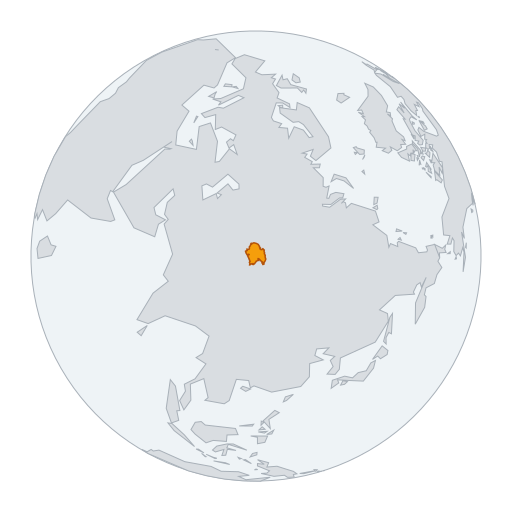 Almaty on an orthographic globe, rotated 60°
{"feature_id": "KAZ-3207", "entity_name": "Almaty", "entity_type": "Region", "adm_level": 1, "iso_a3": "KAZ", "parent_name": "Kazakhstan", "parent_adm1": "", "projection": "orthographic", "projection_center": [78.658, 44.747], "detail": "fine", "context": "on_globe", "style": "filled", "palette": "amber", "viewbox_px": 512, "rotation_deg": 60, "n_neighbors": 0, "source": "natural_earth", "source_scale": "10m", "svg_char_len": 14244}
<svg xmlns="http://www.w3.org/2000/svg" viewBox="0 0 512 512"><g transform="rotate(60 256 256)"><circle cx="256" cy="256" r="225" fill="#eef3f6" stroke="#a8b0b8"/><path d="M320.9,40.3L315.5,39.7L311.6,38.2L310.2,38.4L315.0,40.6L318.6,42.0L320.3,49.7L334.5,62.4L345.0,66.8L338.0,66.0L361.8,75.2L373.3,84.6L356.6,73.9L352.1,72.8L358.1,78.9L354.7,79.2L355.7,82.5L351.1,82.5L341.7,76.8L338.6,76.9L343.1,81.3L341.3,84.4L335.3,77.9L331.6,83.0L315.2,75.5L302.7,60.1L289.9,57.9L267.4,47.8L265.7,49.7L256.2,47.7L250.7,49.3L248.1,47.4L246.0,50.3L249.5,51.8L249.7,53.6L246.9,54.8L243.0,52.5L243.9,51.6L241.2,51.6L240.5,50.0L239.2,51.5L234.9,48.9L234.9,53.3L227.8,52.8L226.1,50.6L231.9,48.4L242.5,39.7L242.5,37.7L236.8,36.6L213.9,39.0L211.7,38.2L204.4,38.8L203.1,40.0L208.2,40.1L203.9,43.1L210.7,43.4L210.0,44.9L214.7,46.6L207.9,49.1L198.6,50.7L194.3,49.6L190.2,50.5L189.3,54.1L176.5,55.0L159.8,61.4L157.1,61.6L160.9,56.8L173.5,49.9L178.4,45.6L168.9,51.3L162.5,52.7L158.8,54.4L155.6,56.3L155.6,57.1L152.1,58.5L160.1,52.7L163.4,51.4L160.8,53.1L166.7,50.1L172.0,47.1L168.3,48.5L171.2,47.3L187.1,41.5L203.5,36.9L220.1,33.6L237.0,31.5L253.9,30.7L270.9,31.2L287.8,33.0L304.5,36.0L320.9,40.3ZM320.7,42.7L315.5,40.7L312.3,38.9L317.1,40.4L320.7,42.7ZM326.2,47.4L322.8,46.2L324.7,45.3L326.1,46.2L326.2,47.4ZM353.2,70.2L349.6,67.2L354.2,70.0L353.2,70.2ZM356.6,83.0L358.7,83.8L358.3,85.2L356.6,83.0ZM218.2,45.2L216.5,45.9L216.5,45.2L218.2,45.2ZM221.8,45.5L223.0,44.2L224.9,44.1L224.1,44.9L221.8,45.5ZM351.0,86.7L349.8,88.9L349.4,85.6L351.0,86.7ZM219.9,47.1L228.2,44.2L231.5,44.2L231.3,47.3L219.9,47.1ZM348.0,89.6L345.0,95.6L349.4,97.8L335.3,95.5L342.5,90.8L341.4,86.3L344.6,89.2L348.0,89.6ZM251.8,51.7L248.0,50.2L253.9,50.5L251.8,51.7ZM255.5,51.4L273.1,50.3L277.3,53.4L270.5,53.0L278.1,56.5L271.5,58.5L265.8,57.1L264.5,54.6L263.0,57.3L255.5,51.4ZM328.0,93.4L325.8,94.2L326.3,92.4L328.0,93.4ZM250.3,54.4L253.5,53.7L257.3,56.3L251.6,58.1L252.2,56.7L250.3,54.4ZM283.3,56.6L285.2,59.1L280.3,61.3L280.4,62.6L271.7,58.9L283.3,56.6ZM249.9,56.7L248.7,59.0L244.2,59.0L247.4,55.2L249.9,56.7ZM260.7,56.3L262.3,57.7L259.5,57.5L260.7,56.3ZM227.8,60.7L231.5,59.5L233.8,60.7L227.8,60.7ZM248.5,59.9L250.0,60.0L251.4,60.4L249.7,61.9L248.5,59.9ZM268.9,60.9L266.5,61.4L272.2,62.5L268.8,64.5L263.6,61.7L264.4,63.7L263.4,64.4L260.3,61.5L268.9,60.9ZM252.0,64.9L244.2,62.5L236.8,64.2L234.5,63.1L246.9,60.6L252.0,64.9ZM257.1,63.1L253.4,63.9L252.5,62.0L254.4,60.2L257.1,63.1ZM268.4,66.9L274.9,64.6L275.8,65.3L268.4,66.9ZM250.0,65.7L251.9,66.3L249.6,66.1L250.0,65.7ZM262.9,66.9L265.1,65.9L266.1,66.7L262.9,66.9ZM253.9,68.4L251.4,67.6L252.7,66.3L253.9,68.4ZM258.2,68.0L259.0,69.4L254.6,66.3L259.0,67.4L258.2,68.0ZM263.5,67.8L264.8,68.0L262.4,68.1L263.5,67.8ZM250.7,74.0L244.8,70.5L247.6,67.5L252.9,71.3L250.7,74.0ZM68.6,381.0L57.3,361.2L56.3,354.9L53.4,345.1L44.5,313.7L46.2,304.5L44.8,296.3L41.4,291.0L40.4,281.1L38.7,276.8L31.8,253.1L32.3,235.9L39.4,198.5L42.6,193.6L48.0,181.9L74.0,174.6L74.2,184.5L88.6,203.8L89.5,208.3L82.0,215.7L88.2,244.7L97.1,241.6L108.4,261.9L119.7,270.0L133.9,254.3L115.5,240.5L118.0,228.9L137.4,232.0L154.3,244.6L155.8,240.5L149.9,225.4L158.7,221.5L148.4,219.6L149.0,225.4L142.6,224.6L141.7,219.4L144.8,218.0L141.1,212.8L127.1,221.3L126.1,228.0L113.4,220.2L110.6,231.0L105.4,232.1L108.2,214.5L111.7,210.3L112.9,187.3L108.1,190.9L106.6,213.1L104.9,209.3L98.4,215.1L102.0,207.7L104.9,183.3L96.6,175.6L77.6,180.8L74.6,175.4L75.9,165.4L91.4,150.8L96.4,164.5L102.0,160.3L108.3,148.1L109.3,153.6L112.5,150.6L115.1,155.5L126.0,154.4L129.7,158.7L141.0,150.9L144.4,152.3L136.8,156.4L133.5,161.9L143.7,173.4L147.7,173.4L154.2,167.6L156.1,171.9L161.1,164.8L170.4,168.8L163.2,158.3L170.7,152.0L180.0,150.8L181.2,147.0L165.9,149.2L161.0,151.8L158.8,157.0L144.3,163.6L139.3,161.4L149.7,148.0L143.7,143.6L154.4,135.7L189.0,133.6L199.9,137.1L203.3,156.4L196.8,159.0L192.3,153.2L190.0,164.6L193.3,160.8L194.9,164.5L202.4,160.1L204.0,162.6L208.5,154.4L211.3,157.0L208.3,162.2L221.7,158.6L229.2,163.0L231.5,161.0L231.9,157.7L241.2,165.8L242.5,164.1L239.9,160.7L240.8,155.1L246.0,148.7L249.0,151.8L247.5,154.6L248.8,165.4L244.4,172.6L246.1,173.3L250.6,167.8L249.1,154.5L251.4,149.8L253.1,155.8L252.6,153.2L254.7,151.9L259.5,153.7L258.1,147.1L276.8,130.1L288.0,132.4L287.4,139.2L303.6,132.4L314.9,136.6L312.5,133.3L318.7,128.5L315.2,127.1L314.6,125.2L328.8,113.6L334.4,113.7L337.8,106.0L336.6,104.5L332.7,103.9L335.3,95.5L349.4,97.8L351.5,101.1L358.9,100.8L362.6,108.6L369.0,115.3L368.6,124.7L373.8,129.6L376.1,129.0L384.8,135.6L394.7,152.2L376.4,141.3L359.6,119.3L365.6,128.3L361.1,127.2L361.4,131.2L365.9,137.7L368.3,137.8L359.8,155.1L364.4,176.0L371.6,170.9L378.6,174.0L390.2,195.8L386.5,233.9L395.8,240.5L398.1,246.7L393.8,253.5L390.3,244.5L383.6,243.9L382.3,238.0L374.2,246.7L372.0,238.8L366.8,249.9L371.6,254.8L379.6,249.7L376.0,263.3L387.3,270.2L391.4,282.5L381.7,310.5L367.5,322.7L367.3,326.8L360.2,324.6L353.0,334.7L367.8,351.5L368.1,357.4L355.4,372.4L354.7,368.3L336.1,362.5L334.1,376.9L348.3,384.5L353.2,395.4L343.0,394.4L337.8,384.7L331.2,382.2L331.9,370.2L324.4,353.3L314.0,358.7L313.8,351.0L301.9,336.7L286.3,343.4L262.3,364.6L260.6,383.2L251.6,390.9L236.7,363.8L234.0,344.6L226.0,345.7L212.7,327.3L182.4,319.6L180.4,313.7L174.2,314.4L165.2,306.0L162.9,296.1L156.4,294.2L163.0,320.1L170.2,322.2L179.4,316.3L179.7,324.6L188.7,334.1L170.6,347.6L129.4,347.5L129.2,332.7L117.8,281.4L120.3,277.5L120.4,276.9L120.6,275.9L115.5,281.5L114.9,271.5L116.8,305.7L115.4,318.1L128.7,348.0L126.5,349.2L132.0,356.2L154.1,360.2L153.4,364.6L140.6,379.9L113.3,391.1L119.2,408.4L121.1,419.5L109.1,417.7L115.3,426.9L109.8,424.5L112.8,428.5L111.4,428.5L109.0,426.7L94.2,412.8L80.7,397.5L68.6,381.0ZM58.9,185.3L56.7,188.3L58.9,185.3ZM168.2,267.8L180.9,274.0L182.0,259.3L187.0,260.6L185.6,255.3L182.0,258.2L179.5,244.2L187.4,243.0L189.4,237.1L185.2,234.8L171.1,239.4L174.6,259.2L168.8,262.9L168.2,267.8ZM162.1,53.0L161.3,53.5L157.6,55.5L158.6,54.7L162.1,53.0ZM145.9,65.2L140.6,67.2L145.0,65.0L145.4,63.8L155.1,58.2L156.3,61.5L154.0,60.8L145.9,65.2ZM168.4,52.2L162.1,55.0L169.0,51.8L168.4,52.2ZM127.5,130.7L126.0,134.8L121.5,136.8L116.8,132.6L123.3,129.5L127.5,130.7ZM125.0,140.2L136.6,128.8L140.0,131.4L136.1,131.7L137.2,134.6L131.2,136.1L123.1,150.3L118.6,153.1L112.4,143.0L116.9,144.5L118.1,140.3L125.0,140.2ZM160.3,99.3L165.4,95.6L166.1,105.8L161.3,108.2L156.3,103.8L159.1,98.5L160.3,99.3ZM217.9,53.6L219.8,52.4L220.9,52.9L220.2,54.4L217.9,53.6ZM229.3,60.1L210.8,59.9L212.0,58.4L199.7,60.8L198.1,57.8L206.2,56.2L195.7,56.0L202.4,53.4L194.9,53.8L213.0,50.7L218.5,48.7L213.0,52.0L214.2,54.7L216.5,55.3L226.9,55.7L239.4,53.4L242.7,56.2L241.7,58.8L239.2,59.7L237.9,57.5L235.5,60.4L231.6,58.1L229.3,60.1ZM227.9,94.0L227.4,89.9L221.9,97.5L218.0,94.3L217.6,95.3L212.5,94.6L205.7,95.7L204.7,93.8L202.5,95.1L199.0,94.8L195.6,96.0L192.8,93.1L188.3,94.5L189.5,92.4L182.6,95.5L186.5,91.9L182.4,91.5L180.8,95.2L173.7,79.1L167.8,75.8L160.8,75.4L168.3,69.9L179.7,67.1L191.7,66.9L196.4,71.1L198.9,68.1L201.9,69.3L198.6,71.2L205.4,69.2L207.0,70.7L217.8,72.0L226.6,68.6L230.7,69.2L228.1,71.3L234.1,70.5L231.8,75.0L234.8,75.6L235.5,81.0L228.7,85.1L232.4,85.5L233.2,89.9L227.9,94.0ZM250.6,75.6L243.3,80.7L237.6,81.6L238.7,72.0L236.4,70.8L236.9,65.2L245.2,64.1L244.3,65.8L245.3,67.2L242.3,66.9L245.5,68.2L244.3,70.6L246.5,72.3L243.5,73.4L250.6,75.6ZM94.0,207.8L95.3,210.4L98.1,213.3L94.1,217.2L94.0,207.8ZM95.6,191.1L97.3,192.5L93.0,199.0L91.6,196.5L95.6,191.1ZM101.9,187.9L97.7,192.0L99.2,188.3L101.9,187.9ZM138.7,157.5L141.0,158.7L139.8,160.4L136.9,161.6L138.7,157.5ZM210.8,117.5L211.4,114.6L213.0,114.4L218.4,109.2L221.7,111.4L219.8,115.5L210.8,117.5ZM128.7,255.2L123.3,256.4L122.5,253.5L124.5,253.6L128.7,255.2ZM106.2,236.6L109.6,243.3L105.1,237.6L106.2,236.6ZM215.3,119.0L217.2,116.5L217.7,119.2L215.3,119.0ZM224.4,112.8L225.7,115.5L222.8,111.1L224.4,112.8ZM153.3,432.9L149.1,446.0L140.0,441.9L135.0,435.9L134.4,426.6L143.9,427.9L147.6,424.4L153.3,432.9ZM399.7,401.8L404.8,399.6L404.5,400.3L399.7,401.8ZM394.5,402.4L400.5,399.5L393.2,404.4L394.5,402.4ZM402.8,398.3L409.0,393.6L411.6,391.0L411.0,392.7L402.8,398.3ZM390.3,404.5L366.3,414.2L356.5,415.7L359.1,412.5L375.0,407.5L390.3,404.5ZM358.3,412.7L343.0,409.9L320.2,392.0L328.4,390.8L351.8,399.2L350.4,402.0L359.7,405.1L358.3,412.7ZM394.3,385.3L392.8,392.7L379.8,397.8L373.8,399.1L369.6,391.8L372.0,386.2L377.0,384.5L395.1,360.0L401.7,360.9L396.5,370.6L401.8,374.3L394.3,385.3ZM261.8,384.9L267.6,395.3L262.6,397.0L261.8,384.9ZM401.4,344.3L394.8,355.5L400.5,342.1L401.4,344.3ZM404.1,332.5L405.1,336.3L401.6,334.0L404.1,332.5ZM368.1,332.6L362.8,335.5L362.2,332.6L368.5,327.2L368.1,332.6ZM394.5,292.8L396.4,301.8L396.0,305.3L392.7,301.0L394.5,292.8ZM246.3,137.7L235.0,142.2L229.1,147.6L229.2,153.8L224.2,147.4L233.3,139.0L246.3,137.7ZM272.7,130.6L272.6,125.7L275.8,126.8L276.3,128.1L272.7,130.6ZM270.4,128.3L264.2,124.2L266.2,120.9L270.7,124.7L270.4,128.3ZM239.4,120.9L235.8,122.0L235.5,119.7L239.4,120.9ZM408.4,421.9L373.0,448.3L366.5,451.5L371.1,448.2L371.1,443.5L373.5,442.5L375.6,437.1L398.5,420.5L415.8,400.1L425.0,393.8L434.1,379.0L442.6,371.5L438.2,381.2L444.7,376.6L454.7,354.3L453.2,364.8L453.6,364.2L444.1,379.9L433.4,394.9L421.4,408.9L408.4,421.9ZM412.2,395.2L419.7,385.9L423.4,383.0L412.2,395.2ZM475.8,304.5L476.2,303.6L475.7,305.2L475.8,304.5ZM475.2,306.8L474.7,308.0L474.8,307.5L475.2,306.8ZM463.9,332.9L466.6,333.5L463.4,339.4L460.1,341.0L455.8,350.6L446.9,360.3L449.5,355.0L448.8,351.7L438.5,359.7L436.5,358.5L440.5,353.0L433.2,356.5L441.3,348.4L444.2,352.1L448.6,342.9L455.3,336.8L461.2,331.3L465.1,329.5L463.9,332.9ZM440.5,362.5L441.8,361.3L440.4,364.3L440.5,362.5ZM473.6,308.9L474.4,308.7L474.1,309.8L473.6,311.0L473.6,308.9ZM466.2,326.9L470.7,314.2L471.6,312.5L468.4,323.4L466.2,326.9ZM470.0,312.6L471.7,309.8L472.4,310.9L472.0,312.4L470.0,312.6ZM424.1,370.0L423.6,372.0L421.4,372.2L424.1,370.0ZM427.0,366.9L433.5,363.8L426.3,368.8L427.0,366.9ZM405.3,374.1L407.5,377.2L414.4,370.5L409.1,377.5L413.4,381.8L411.7,385.3L407.5,380.5L405.4,389.1L402.3,390.7L401.0,385.0L404.3,375.0L407.4,369.7L419.6,361.0L405.3,374.1ZM427.1,361.6L425.3,357.7L426.6,353.3L428.6,354.7L427.1,361.6ZM419.3,348.6L413.7,345.4L409.2,350.6L417.7,336.0L421.8,341.5L419.3,348.6ZM413.6,337.2L409.5,342.0L413.4,334.0L413.6,337.2ZM408.1,340.4L407.0,336.1L410.6,334.8L408.1,340.4ZM415.9,336.0L415.7,327.7L418.0,331.3L415.9,336.0ZM403.9,326.5L412.6,329.9L402.3,332.2L399.1,316.9L403.3,314.2L403.9,326.5ZM410.1,247.3L407.5,243.1L410.5,239.6L411.4,243.5L410.1,247.3ZM418.0,225.6L410.5,237.4L404.0,247.3L407.3,247.8L408.2,257.1L401.8,252.0L404.4,239.3L409.8,233.3L408.1,225.8L410.5,217.9L406.0,210.0L406.2,204.8L411.9,210.3L418.0,225.6ZM403.8,206.8L396.9,191.7L403.8,189.0L406.9,191.7L407.2,199.6L403.5,200.6L403.8,206.8ZM397.3,187.3L393.7,188.2L376.0,170.7L374.0,166.5L391.1,177.6L388.6,179.2L391.7,184.2L397.3,187.3ZM327.9,95.6L326.0,94.4L328.5,94.6L327.9,95.6ZM312.5,124.6L312.0,122.0L314.9,122.2L312.5,124.6ZM312.2,115.4L309.2,116.9L311.2,114.0L312.2,115.4ZM302.8,120.7L307.5,116.9L304.8,122.5L302.8,120.7Z" fill="#d9dde1" stroke="#a8b0b8" stroke-width="1"/><path d="M266.0,252.6L266.1,252.8L266.6,252.9L266.9,253.0L267.0,253.1L267.0,253.4L266.9,253.8L266.9,254.0L266.8,254.3L266.6,254.3L266.4,254.2L266.2,254.0L266.1,253.9L265.9,253.9L265.3,254.2L265.1,254.3L265.0,254.2L264.9,254.1L264.7,254.1L264.7,253.9L264.6,253.6L264.4,253.5L264.2,253.5L262.9,254.1L262.7,254.2L262.6,254.3L262.4,254.3L262.1,254.4L261.8,254.4L261.7,254.4L261.2,254.5L260.9,254.6L260.8,254.8L260.7,254.8L260.3,254.9L260.1,254.8L259.9,254.9L259.8,255.0L259.5,255.2L259.4,255.3L259.3,255.5L259.7,255.8L259.9,255.8L260.4,255.7L260.5,255.7L260.6,255.8L261.1,256.0L260.9,256.2L260.7,256.3L260.8,256.4L260.8,256.5L260.7,256.9L260.7,257.1L260.8,257.8L260.8,258.0L260.8,258.3L260.7,258.4L260.8,258.5L261.0,258.8L261.0,259.0L261.5,260.1L261.9,261.0L261.7,261.5L261.8,261.6L262.0,261.7L262.0,261.8L262.0,262.0L262.1,262.3L261.9,262.4L261.7,262.3L261.3,262.5L261.0,262.6L260.9,262.7L260.9,262.8L261.0,263.0L261.4,263.1L261.5,263.2L261.4,263.3L261.2,263.3L261.0,263.5L260.8,263.5L260.7,263.5L260.5,263.9L260.4,264.0L260.3,264.3L260.4,264.6L260.5,264.8L260.5,265.0L260.5,265.4L260.6,265.5L260.7,265.8L260.5,266.0L260.4,265.9L260.2,265.7L259.9,265.4L259.8,265.2L259.7,265.1L259.0,265.0L258.9,265.0L258.7,265.0L258.4,265.0L258.2,264.9L258.0,264.5L257.9,264.4L257.7,264.3L257.6,264.2L257.5,263.9L257.5,263.7L257.4,263.7L257.1,263.8L256.9,263.8L256.7,263.8L256.4,263.7L256.1,263.6L255.9,263.5L255.5,263.4L255.3,263.3L255.2,263.3L255.0,263.5L254.9,263.4L254.6,263.4L254.2,263.4L253.9,263.3L253.7,263.3L253.3,263.2L253.1,263.2L252.9,263.3L252.7,263.2L252.4,263.1L252.2,263.2L251.9,263.2L251.7,263.2L251.5,262.9L251.2,262.9L250.9,262.9L250.7,263.0L250.4,263.1L250.2,263.1L249.8,263.1L249.7,263.1L249.4,263.1L249.1,263.1L248.8,263.1L248.6,263.0L248.3,263.1L248.1,263.0L247.9,263.0L247.7,262.9L247.2,262.8L247.4,262.6L247.1,262.4L246.8,262.3L246.6,262.1L246.5,261.9L246.4,261.8L246.4,261.7L246.6,261.1L246.8,260.8L246.6,260.7L246.3,260.7L246.2,260.6L245.9,260.5L245.6,260.4L246.4,259.2L246.6,258.9L246.6,258.4L246.4,258.1L246.1,257.9L245.7,257.6L245.0,257.4L244.6,257.0L244.5,256.6L244.5,256.1L243.5,255.0L243.4,254.8L243.3,254.4L243.1,254.3L242.8,254.3L242.6,253.9L242.7,253.6L243.4,253.6L243.3,253.4L243.3,253.2L243.3,252.5L243.4,251.6L243.8,250.9L245.4,249.3L247.2,248.2L247.8,248.3L248.6,248.2L249.3,248.3L249.7,248.4L249.9,248.4L249.9,248.5L249.9,248.4L250.1,248.5L250.3,248.4L250.5,248.4L250.8,248.3L250.8,248.5L251.1,248.7L251.3,248.8L251.3,248.7L251.2,248.6L251.1,248.3L251.3,248.5L251.6,248.5L251.8,248.6L251.9,248.8L252.1,248.8L252.2,248.7L252.3,248.6L252.6,248.6L252.8,248.5L253.1,248.4L253.2,247.8L253.1,246.4L253.3,246.3L253.8,246.4L254.1,246.2L254.4,246.1L254.5,246.3L255.0,245.9L255.7,246.4L256.0,246.6L256.4,246.9L256.8,246.9L257.0,246.9L257.7,247.0L258.2,247.7L259.7,247.6L260.3,247.8L260.3,248.0L260.6,248.1L261.7,248.7L262.5,248.8L262.8,248.8L263.0,248.9L263.0,249.0L263.3,249.0L263.5,249.2L264.0,249.4L264.1,249.7L264.9,250.6L265.1,251.3L265.4,251.6L265.6,252.1L265.5,252.5L266.0,252.6L266.0,252.6ZM251.1,262.1L251.3,261.9L251.3,261.7L251.4,261.3L251.3,261.2L251.1,261.3L250.9,261.5L250.7,261.7L250.7,261.9L250.8,262.0L251.0,262.0L251.1,262.1Z" fill="#f59e0b" stroke="#b45309" stroke-width="1.5"/></g></svg>